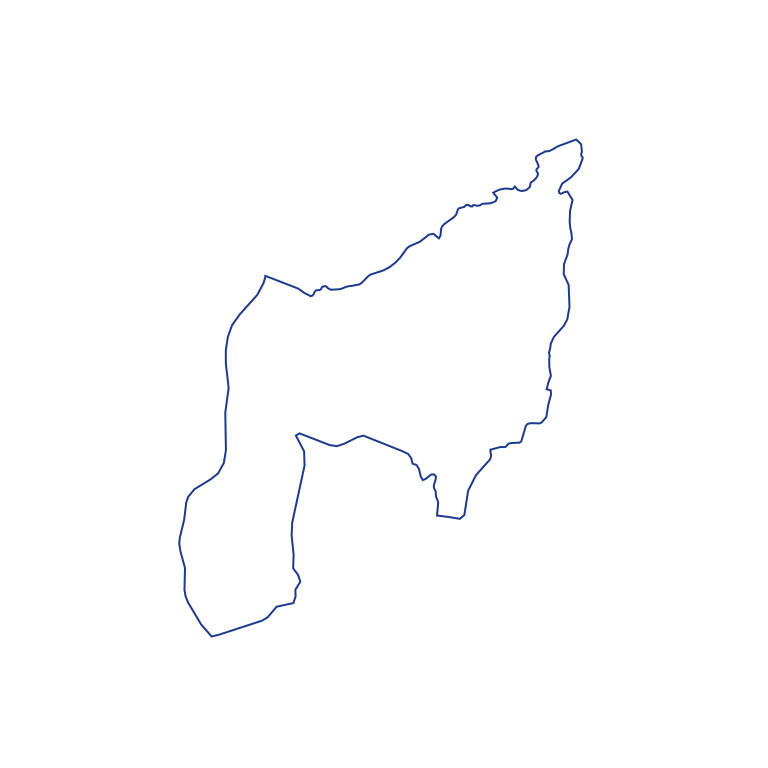 an SVG outline of Kigoma, rotated 22°
{"feature_id": "TZA-3363", "entity_name": "Kigoma", "entity_type": "Region", "adm_level": 1, "iso_a3": "TZA", "parent_name": "United Republic of Tanzania", "parent_adm1": "", "projection": "albers", "projection_center": [30.566, -4.821], "detail": "fine", "context": "isolated", "style": "outline", "palette": "blue", "viewbox_px": 768, "rotation_deg": 22, "n_neighbors": 0, "source": "natural_earth", "source_scale": "10m", "svg_char_len": 3146}
<svg xmlns="http://www.w3.org/2000/svg" viewBox="0 0 768 768"><g transform="rotate(22 384 384)"><path d="M224.5,411.1L221.6,399.1L221.1,386.5L224.1,373.7L233.1,348.9L234.5,336.1L234.0,330.1L233.5,328.2L268.7,327.7L276.1,329.4L282.2,329.9L282.9,330.2L284.6,328.8L285.1,327.1L285.1,325.2L285.7,323.0L286.6,322.2L289.2,321.0L290.0,319.7L290.3,317.2L290.6,316.7L293.0,315.2L294.6,315.4L296.2,316.2L298.7,316.6L300.1,316.2L308.0,312.4L313.4,307.3L318.6,304.4L320.1,303.2L323.4,301.3L325.3,298.9L329.1,289.7L330.7,287.4L340.9,278.9L345.5,273.4L349.0,267.3L349.4,266.3L351.7,260.7L354.3,249.8L356.1,246.7L364.0,238.6L369.8,228.6L373.6,226.2L380.3,228.4L380.8,225.7L380.3,223.4L379.5,221.1L378.8,218.5L379.0,215.7L380.1,212.9L386.3,203.1L387.4,200.3L387.4,197.6L387.1,194.6L387.9,192.8L392.1,189.7L392.4,189.1L393.0,187.4L393.4,186.9L395.9,186.5L396.2,186.6L396.3,186.8L399.1,186.6L399.3,186.3L399.6,185.0L399.8,184.6L403.8,183.7L404.8,183.3L406.0,182.3L408.0,179.9L415.0,176.6L419.0,172.8L419.2,168.8L414.6,166.3L413.6,165.7L416.4,162.4L419.2,159.8L422.5,157.7L426.6,156.1L428.5,155.9L430.0,155.1L430.9,153.7L431.4,151.9L435.4,153.9L439.5,153.5L443.2,151.0L445.4,146.9L445.4,146.1L444.7,143.4L444.6,142.3L446.7,139.2L448.0,135.6L448.3,133.8L448.2,131.9L447.5,130.8L445.6,129.4L445.0,128.2L445.2,127.3L445.9,125.3L445.9,124.5L444.4,122.5L440.7,119.0L439.9,116.8L440.9,114.4L445.6,109.0L446.0,108.2L450.0,106.1L453.0,102.7L455.8,98.8L470.6,85.3L477.0,87.9L480.5,94.5L480.6,96.9L481.8,98.7L483.0,99.2L483.7,100.4L484.0,111.8L479.8,122.6L474.1,131.4L473.8,139.7L475.1,141.3L477.0,141.3L479.1,138.8L482.0,136.9L489.9,142.8L491.6,153.6L495.4,164.1L498.1,169.3L501.4,174.2L501.6,174.5L504.1,179.6L503.7,185.2L504.3,190.0L505.7,195.2L506.0,205.5L509.6,215.0L518.1,223.0L527.1,243.0L529.7,255.4L528.9,262.7L523.9,276.6L523.5,284.0L524.7,288.6L525.3,293.4L527.1,295.7L527.6,298.3L530.8,306.1L535.7,314.0L535.8,321.0L536.8,327.9L541.0,327.5L542.8,331.2L544.2,342.4L546.9,353.9L544.5,360.7L543.2,362.2L534.8,365.3L532.0,367.3L531.2,369.9L532.8,385.7L531.6,387.6L524.7,390.8L522.0,392.4L521.4,393.5L520.8,395.8L520.2,396.8L519.1,397.5L515.7,398.7L508.2,404.4L507.3,404.9L508.2,407.4L510.0,409.7L510.7,413.8L503.4,434.1L502.0,451.5L507.6,475.4L504.8,480.6L494.0,483.0L482.4,486.1L478.8,473.9L477.4,472.0L474.8,469.3L474.1,468.3L472.3,464.5L471.2,463.3L470.0,462.4L469.0,461.2L468.2,459.4L467.6,452.9L466.7,450.2L464.1,449.1L461.5,450.4L458.2,456.4L456.0,458.5L452.7,456.0L448.3,449.7L444.6,447.0L443.6,446.9L441.4,447.2L440.4,447.0L439.4,446.1L437.3,442.8L432.6,439.8L425.7,439.4L384.4,439.6L379.3,443.2L369.6,454.2L363.6,459.3L356.3,461.0L324.2,461.4L321.6,464.8L335.2,476.4L340.9,489.4L350.8,546.8L355.1,559.1L364.1,576.0L368.8,588.9L375.7,593.1L380.5,598.6L378.9,608.0L381.6,614.1L382.1,621.0L367.9,630.7L363.5,643.9L359.6,649.1L324.0,679.0L318.7,682.7L304.3,675.3L284.2,660.0L279.4,655.0L276.0,649.3L268.4,629.1L258.3,615.9L254.0,608.8L252.2,602.9L249.6,584.9L245.1,568.1L244.7,562.1L247.7,552.5L258.9,537.4L263.7,528.9L265.1,517.2L262.2,504.5L247.6,470.1L241.4,445.8L229.7,424.3L224.7,412.0L224.5,411.1Z" fill="none" stroke="#1e3a8a" stroke-width="2"/></g></svg>